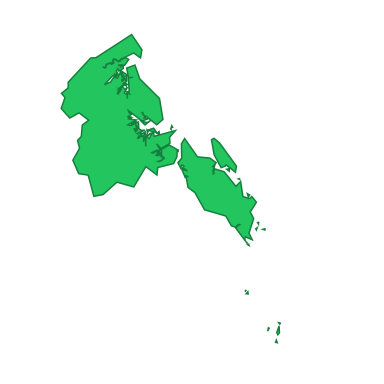 outline of Kota Baru, Kalimantan Selatan, Indonesia, rotated 314°
{"feature_id": "22746128B85816588264471", "entity_name": "Kota Baru", "entity_type": "district", "adm_level": 2, "iso_a3": "IDN", "parent_name": "Indonesia", "parent_adm1": "Kalimantan Selatan", "projection": "orthographic", "projection_center": [116.169, -3.525], "detail": "fine", "context": "isolated", "style": "filled", "palette": "green", "viewbox_px": 384, "rotation_deg": 314, "n_neighbors": 0, "source": "geoboundaries", "source_scale": "gbopen_adm2", "svg_char_len": 5929}
<svg xmlns="http://www.w3.org/2000/svg" viewBox="0 0 384 384"><g transform="rotate(314 192 192)"><path d="M160.3,52.7L170.5,55.8L171.9,67.8L163.9,66.6L155.0,73.8L149.7,73.8L145.2,80.8L132.1,84.2L126.5,97.8L132.0,105.6L120.7,124.4L128.3,129.8L146.9,131.2L155.2,146.6L178.2,141.2L179.9,155.0L185.8,150.4L199.7,159.0L206.9,156.7L212.2,151.9L210.0,143.0L201.6,140.4L197.0,144.6L197.5,144.5L197.6,144.8L196.6,145.7L197.3,147.2L197.2,148.2L196.7,148.6L196.1,148.7L195.4,147.7L194.2,148.4L191.2,147.3L190.7,146.5L193.9,148.2L195.4,147.6L196.7,148.4L196.4,145.6L197.6,143.2L196.2,143.6L196.6,141.7L195.9,141.2L195.2,142.2L194.2,142.0L194.0,141.6L194.2,141.0L193.4,140.8L193.4,140.5L194.2,140.8L195.0,142.1L195.6,140.2L196.4,141.1L196.9,140.2L197.6,139.8L199.4,140.4L198.0,138.9L196.4,140.0L196.9,137.4L193.6,137.4L193.6,136.8L193.3,136.9L193.0,136.3L193.0,136.0L192.8,136.5L192.5,136.4L192.3,135.8L196.8,137.3L200.2,140.3L202.1,133.1L201.7,139.6L211.7,142.3L215.9,137.8L224.6,137.4L205.8,126.1L208.4,122.3L200.6,124.0L199.9,120.2L192.7,127.2L199.5,119.7L194.3,122.1L198.7,118.8L195.7,116.2L193.7,116.3L193.0,115.5L195.6,114.8L199.1,118.6L202.7,116.6L198.5,115.3L199.5,114.5L197.9,114.8L197.8,113.2L196.1,112.6L195.9,112.0L203.8,115.1L201.2,112.9L200.3,107.4L198.2,109.7L197.7,108.1L196.7,109.4L196.5,109.6L196.2,109.8L196.0,109.7L197.3,106.5L198.8,108.5L201.2,105.1L201.4,109.0L205.1,104.8L197.3,101.9L195.7,99.2L205.2,102.0L200.9,96.1L203.5,97.0L201.2,94.7L201.7,93.6L205.6,94.5L205.3,91.6L206.4,89.5L208.3,106.7L213.6,109.3L211.9,106.0L213.8,105.6L213.7,102.5L214.0,101.9L214.6,101.9L214.8,101.5L214.7,101.5L214.5,101.4L214.5,101.1L214.9,101.5L214.7,102.0L213.8,102.5L214.0,105.4L212.5,107.0L214.6,106.3L215.8,119.9L224.0,120.7L236.7,103.7L237.1,75.8L243.7,62.8L235.7,58.9L230.2,66.9L233.6,69.9L229.9,66.9L220.6,77.1L218.6,75.4L218.5,77.1L219.1,78.0L219.3,78.8L219.2,79.1L218.4,76.8L214.2,80.6L218.1,76.7L216.7,76.4L216.2,74.6L222.7,72.7L219.2,72.7L219.5,68.1L218.0,68.9L216.5,69.2L216.1,69.9L215.3,70.1L211.1,70.8L211.1,69.7L212.8,69.8L212.8,68.9L214.1,68.1L214.9,68.1L215.4,68.4L215.5,67.6L219.1,67.8L224.4,70.9L224.4,67.9L221.9,68.5L221.8,67.2L226.3,67.9L226.1,67.1L226.9,65.9L226.5,65.1L225.1,65.2L224.9,64.4L224.7,64.9L224.5,65.0L224.1,64.6L223.6,64.8L223.5,64.7L223.5,64.4L223.2,64.5L223.1,64.4L224.2,63.5L226.8,64.9L226.3,61.8L228.6,57.2L222.1,59.3L220.5,56.1L214.4,57.0L208.3,54.5L220.5,54.2L222.3,57.2L222.0,56.5L221.8,55.7L222.3,54.7L222.9,54.5L222.5,57.2L225.5,54.8L225.3,57.1L226.6,53.5L229.2,53.0L228.2,55.4L233.1,56.8L235.2,54.6L232.7,53.8L234.0,53.1L233.5,52.2L233.3,51.8L232.9,52.0L232.7,52.0L232.1,51.7L232.2,51.3L233.3,51.7L236.4,55.5L243.4,54.4L242.5,50.8L238.9,49.5L237.8,48.6L236.7,49.4L234.8,48.7L233.4,43.5L231.3,43.7L230.9,45.8L230.2,46.0L228.1,45.5L227.8,45.0L227.5,43.1L225.2,42.6L224.7,42.3L224.3,41.7L222.7,43.1L222.2,43.3L221.6,43.5L221.1,43.5L220.6,43.1L220.0,40.7L221.1,43.3L224.2,41.6L227.6,43.1L230.1,45.9L231.3,43.5L233.2,43.3L234.1,44.1L235.1,48.7L237.9,48.5L251.4,53.4L252.7,61.8L259.5,57.2L263.3,39.2L221.9,29.6L218.0,26.0L184.9,26.7L180.9,30.6L172.3,29.6L171.7,35.0L161.2,39.9L160.3,52.7ZM196.5,248.3L193.7,265.3L194.7,262.6L196.9,261.6L199.5,268.5L202.0,261.6L215.7,254.8L218.1,247.8L229.4,245.4L230.3,238.1L227.3,238.1L224.1,231.8L233.3,219.7L226.6,219.7L228.9,200.9L224.5,192.4L223.2,192.9L221.6,192.6L221.5,193.7L221.1,194.5L220.8,194.6L220.4,194.2L220.3,194.3L220.3,194.6L220.2,194.7L219.9,194.7L219.7,194.5L220.4,194.2L220.9,194.6L221.6,192.5L226.9,189.9L225.2,189.7L224.0,189.3L229.9,189.0L228.8,181.2L221.1,171.6L225.3,149.6L219.3,150.9L209.2,161.1L203.3,161.5L201.5,166.8L204.7,166.0L204.9,168.5L200.5,168.0L201.6,168.6L203.5,170.4L204.0,174.0L201.3,168.8L197.7,177.1L198.6,177.4L198.4,177.1L198.2,176.3L198.3,176.2L198.6,176.0L198.9,176.0L199.3,176.3L199.5,176.2L199.6,176.3L200.4,178.7L198.4,176.1L198.7,177.4L192.5,186.0L193.6,194.5L187.9,213.4L198.2,233.0L195.0,243.9L197.4,248.6L198.8,247.6L200.5,248.0L201.1,248.4L200.7,248.6L201.3,248.7L201.5,249.1L198.8,247.7L197.7,248.7L196.5,248.3ZM243.1,169.7L234.2,182.0L229.7,196.1L233.9,198.0L234.8,197.6L235.2,197.8L236.4,209.5L241.5,206.0L246.4,177.9L245.9,170.5L243.1,169.7ZM207.6,106.6L207.6,111.6L214.9,112.6L211.1,111.7L207.6,106.6ZM230.0,57.3L227.5,62.2L227.9,63.4L228.7,63.6L229.1,64.5L226.5,67.8L231.1,63.4L230.0,57.3ZM211.3,120.1L205.7,117.2L210.2,125.5L211.3,120.1ZM156.1,347.7L149.8,350.6L148.9,352.9L151.5,352.7L156.1,347.7ZM204.3,121.0L202.2,121.3L206.6,121.9L204.3,121.0ZM229.9,235.6L229.3,233.0L227.6,235.9L229.9,235.6ZM212.6,126.3L209.9,125.9L210.8,128.5L212.6,126.3ZM232.8,204.3L234.9,202.7L232.4,201.1L232.8,204.3ZM144.5,343.1L147.6,342.1L147.4,341.3L144.5,343.1ZM198.8,140.5L196.5,141.0L198.0,142.6L198.8,140.5ZM159.0,301.5L156.5,301.7L157.7,303.2L159.0,301.5ZM141.9,356.5L142.8,358.0L144.0,355.6L141.9,356.5ZM215.9,68.4L215.5,67.7L215.5,68.5L214.1,68.1L213.9,69.1L215.9,68.4ZM204.0,118.7L205.4,118.4L205.4,116.8L204.0,118.7ZM202.4,120.1L199.9,120.1L201.8,121.5L202.4,120.1ZM211.5,263.7L209.9,263.4L209.4,264.6L211.5,263.7ZM216.2,270.0L214.4,268.9L215.3,270.8L216.2,270.0ZM215.6,260.4L215.2,262.0L216.4,261.0L215.6,260.4ZM225.6,131.6L224.2,132.6L225.1,133.1L225.6,131.6ZM193.8,269.0L192.8,268.7L193.2,270.2L193.8,269.0ZM223.6,57.2L225.1,57.2L223.7,56.6L223.6,57.2ZM159.0,346.5L158.2,345.2L157.9,346.9L159.0,346.5ZM203.2,95.3L201.9,95.1L203.6,96.4L203.2,95.3ZM159.3,299.2L157.9,299.0L157.8,299.3L159.3,299.2ZM202.9,102.3L201.2,102.3L203.2,102.6L202.9,102.3ZM222.6,133.4L223.1,132.6L222.6,132.8L222.6,133.4ZM212.6,153.0L212.1,152.6L212.0,153.5L212.6,153.0ZM234.6,216.9L233.7,216.4L234.2,217.5L234.6,216.9ZM193.9,266.6L193.7,265.6L193.4,267.1L193.9,266.6ZM200.2,101.3L198.8,100.6L198.6,100.6L198.9,101.1L200.2,101.3ZM222.9,71.8L222.3,71.4L221.8,71.2L222.9,71.8ZM200.9,118.5L201.3,118.7L201.6,118.4L200.9,118.5ZM201.0,101.8L199.9,101.6L201.0,102.0L201.0,101.8Z" fill="#22c55e" stroke="#15803d" stroke-width="1.5"/></g></svg>